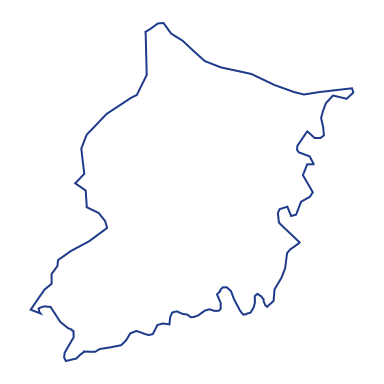 outline of Boinsen, Bong, Liberia
{"feature_id": "62588387B25170598917016", "entity_name": "Boinsen", "entity_type": "district", "adm_level": 2, "iso_a3": "LBR", "parent_name": "Liberia", "parent_adm1": "Bong", "projection": "natural_earth1", "projection_center": [-9.229, 6.691], "detail": "fine", "context": "isolated", "style": "outline", "palette": "blue", "viewbox_px": 384, "rotation_deg": 0, "n_neighbors": 0, "source": "geoboundaries", "source_scale": "gbopen_adm2", "svg_char_len": 2606}
<svg xmlns="http://www.w3.org/2000/svg" viewBox="0 0 384 384"><path d="M352.0,88.3L319.8,92.0L303.9,94.5L293.9,92.0L287.8,89.8L274.4,85.0L252.9,74.7L251.4,74.0L226.0,68.5L220.9,67.4L205.0,61.2L201.0,57.7L194.0,51.4L182.6,40.7L177.9,37.8L171.3,33.7L170.0,32.0L163.5,23.0L157.8,23.5L150.0,29.2L145.4,31.9L145.7,34.0L146.7,74.8L145.8,76.8L136.8,95.0L133.9,96.4L130.9,97.9L106.5,114.0L93.0,128.2L86.7,134.7L81.3,148.5L82.1,155.4L83.0,163.3L84.3,173.8L75.2,183.3L85.7,190.5L86.7,205.9L86.7,207.2L98.7,213.0L105.1,221.0L106.5,225.8L107.1,227.9L91.0,239.9L89.2,241.2L70.9,251.0L59.2,259.3L58.0,260.2L57.5,265.9L51.6,274.0L51.6,283.8L44.6,289.5L36.2,301.6L30.7,309.7L31.5,310.0L40.4,313.4L39.4,312.1L39.1,310.7L38.6,308.5L40.7,307.5L43.9,306.4L50.5,306.9L51.3,308.1L52.9,310.5L53.4,311.2L53.6,311.6L55.3,314.2L60.2,321.8L68.0,328.1L71.6,329.6L72.2,330.6L73.5,331.1L73.5,332.4L73.7,337.1L67.8,347.3L64.7,352.7L64.1,357.5L65.9,361.0L73.0,359.3L76.2,358.6L79.8,355.1L83.4,352.3L84.1,351.4L84.8,351.8L86.1,351.6L92.1,351.8L95.3,351.7L99.8,349.0L110.6,347.3L121.2,345.2L126.1,340.3L127.7,337.7L130.1,333.5L136.2,331.0L139.9,332.1L143.3,333.4L148.4,335.1L152.8,334.1L155.5,328.9L156.8,326.2L157.3,325.1L162.7,323.5L165.7,323.9L168.4,324.2L169.4,324.4L170.2,317.2L172.1,312.8L173.1,312.2L176.9,311.4L182.8,314.0L187.1,314.5L190.9,317.2L193.2,317.1L197.9,315.6L204.9,310.6L209.6,309.3L214.4,310.9L218.0,310.8L219.2,310.5L220.7,308.7L220.7,303.0L217.0,294.4L217.9,293.5L220.1,291.3L220.1,290.3L222.7,287.4L224.2,287.4L226.6,287.2L231.0,291.1L234.1,299.4L240.1,310.7L242.0,313.2L243.3,314.7L245.1,314.2L245.9,314.5L247.0,313.6L250.6,312.6L252.4,309.5L253.6,307.6L254.9,302.7L254.8,297.1L254.7,296.2L255.9,295.1L257.0,294.2L257.6,293.8L258.4,294.5L258.7,294.7L261.6,296.7L262.1,297.8L263.5,299.1L263.7,301.5L265.2,305.1L267.1,306.8L268.7,305.3L269.5,304.6L271.4,302.9L273.6,300.9L274.5,289.4L280.5,279.4L281.5,277.6L285.1,268.5L286.1,260.8L287.1,253.0L288.2,251.8L290.3,249.3L294.3,246.6L299.4,242.9L299.5,242.6L299.6,242.4L279.4,223.2L279.3,222.4L278.8,221.9L278.5,218.7L277.9,213.0L278.3,212.0L279.7,209.1L287.4,206.7L289.9,213.0L291.1,216.0L293.8,215.3L296.1,214.6L297.0,212.3L301.1,201.7L305.7,199.1L309.9,196.8L312.8,192.3L302.9,175.1L303.9,172.7L307.2,164.3L308.9,164.3L313.5,164.3L313.6,163.9L309.7,156.4L309.1,156.2L298.8,152.3L297.0,149.8L297.3,147.4L297.4,145.8L306.4,132.5L307.4,131.4L310.8,134.5L314.3,137.7L314.6,138.0L320.5,138.0L323.9,135.4L323.2,127.3L321.1,118.1L322.7,111.8L325.9,103.2L333.0,95.5L345.5,98.5L346.6,98.8L350.3,95.4L353.3,92.6L352.0,88.3Z" fill="none" stroke="#1e3a8a" stroke-width="2"/></svg>